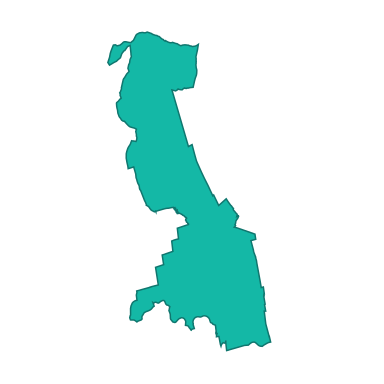 Pastraveni, Neamt, Romania, rotated 105°
{"feature_id": "2599482B84258417369440", "entity_name": "Pastraveni", "entity_type": "district", "adm_level": 2, "iso_a3": "ROU", "parent_name": "Romania", "parent_adm1": "Neamt", "projection": "robinson", "projection_center": [26.551, 47.154], "detail": "fine", "context": "isolated", "style": "filled", "palette": "teal", "viewbox_px": 384, "rotation_deg": 105, "n_neighbors": 0, "source": "geoboundaries", "source_scale": "gbopen_adm2", "svg_char_len": 5972}
<svg xmlns="http://www.w3.org/2000/svg" viewBox="0 0 384 384"><g transform="rotate(105 192 192)"><path d="M47.8,224.1L49.0,225.1L50.2,226.5L51.4,229.3L51.2,230.7L51.4,231.5L51.1,233.9L51.4,234.6L51.4,235.5L51.8,237.3L52.7,239.5L53.1,239.7L53.6,240.8L53.3,242.5L52.6,244.8L52.7,245.4L52.7,246.7L52.5,249.3L52.5,249.6L52.9,250.0L53.5,251.7L53.4,253.7L52.9,256.1L52.6,256.6L53.2,257.0L52.6,258.8L52.2,259.1L51.9,260.9L50.3,263.9L50.3,265.5L49.9,266.4L50.1,267.7L50.1,268.7L49.9,270.0L50.0,270.5L49.4,272.1L49.2,275.0L49.1,276.6L49.6,277.4L50.0,277.8L50.4,278.5L50.7,280.0L50.6,280.6L50.8,281.4L51.9,284.0L54.1,286.3L55.1,286.7L57.6,287.2L60.2,287.7L61.0,288.0L62.1,288.9L63.5,289.7L63.8,291.3L64.0,294.8L64.3,296.0L64.7,296.7L65.4,297.3L66.4,297.8L68.8,299.6L70.2,302.2L69.7,303.7L69.7,304.4L70.2,305.2L70.3,305.8L70.5,306.0L76.7,306.7L79.3,306.8L83.2,306.5L88.7,306.8L90.8,304.5L86.8,300.6L85.3,298.8L83.7,297.9L80.9,295.9L76.5,295.6L73.6,294.4L72.8,293.8L72.7,293.5L68.2,291.9L66.4,289.7L74.0,286.8L75.0,286.5L76.7,285.7L77.1,285.6L80.1,286.1L83.6,285.7L85.4,286.1L89.1,285.9L91.9,284.0L94.9,285.6L99.1,286.8L100.1,287.3L101.3,287.5L109.2,287.2L109.7,287.2L110.5,286.8L113.8,287.1L115.0,287.5L115.8,286.6L117.0,286.6L119.6,284.8L120.0,284.7L120.5,285.3L121.1,285.7L123.3,286.6L125.2,287.9L125.9,287.9L128.8,286.9L130.7,286.0L132.0,285.2L135.0,284.0L138.0,281.9L138.7,281.1L139.1,280.4L140.8,278.6L141.4,276.8L141.1,275.9L141.6,275.2L141.7,274.6L142.7,273.4L142.9,273.0L143.3,272.4L144.5,270.4L145.1,268.9L145.2,267.1L145.2,263.8L145.7,262.5L145.6,262.1L145.7,261.9L148.1,262.0L150.8,260.6L152.4,260.2L153.5,259.4L154.2,259.2L156.2,259.0L157.7,259.2L157.7,259.6L157.8,261.4L158.1,262.9L158.1,263.6L162.0,264.0L164.7,264.9L166.4,265.3L169.7,265.5L172.0,265.4L176.3,264.3L180.4,262.4L183.8,260.6L186.0,259.7L182.9,254.8L189.2,251.0L192.7,249.7L194.4,248.5L195.4,248.0L196.5,247.3L198.2,246.1L198.4,245.6L200.0,244.5L202.0,243.7L203.1,243.0L203.6,242.4L203.7,242.1L212.7,235.5L213.7,234.5L214.6,233.8L216.3,232.6L216.6,232.7L217.3,230.2L219.8,227.2L220.3,225.9L220.4,225.3L220.9,223.2L219.9,222.3L220.6,221.7L220.1,221.8L219.7,221.5L215.3,214.2L214.3,212.2L213.7,210.4L212.3,207.6L211.7,206.0L212.0,205.9L212.0,205.5L211.6,204.6L212.1,204.6L212.6,205.1L212.9,205.1L213.2,204.5L213.2,204.0L212.7,203.8L212.4,203.5L212.9,203.3L213.6,203.7L214.1,203.5L214.4,203.1L214.3,202.7L213.2,201.7L213.9,201.4L214.7,202.1L215.4,202.1L215.7,201.9L215.7,201.7L214.9,201.0L214.4,201.0L214.5,200.8L215.0,200.4L216.0,200.8L216.5,200.9L216.7,200.7L216.6,200.3L216.2,199.5L215.7,199.1L215.9,198.5L215.8,198.1L216.0,197.0L216.3,196.5L216.2,196.0L216.4,195.7L216.5,195.1L216.9,194.8L217.0,193.7L217.1,193.4L217.6,192.8L217.7,192.4L218.1,191.9L218.0,191.5L218.5,190.5L218.9,190.4L219.5,190.9L219.9,191.0L220.8,190.9L221.0,190.3L221.5,190.2L222.5,189.5L222.5,188.8L223.1,188.1L223.4,188.0L223.5,187.4L223.9,187.0L224.4,187.0L225.3,188.5L230.8,196.8L240.8,192.9L241.9,195.0L243.1,196.9L244.6,198.9L254.3,195.1L260.6,204.5L269.5,200.6L274.2,207.7L290.5,200.5L293.8,206.4L294.7,207.8L294.8,207.7L301.9,219.8L303.2,219.2L306.0,219.1L310.9,217.1L311.3,218.0L311.8,218.8L313.3,220.2L314.6,220.9L315.7,221.1L317.9,221.4L320.5,221.2L326.3,219.6L327.1,219.5L327.4,219.7L328.5,219.6L328.8,219.7L329.6,219.6L331.4,218.4L331.5,218.1L330.8,215.4L330.7,214.8L331.0,213.5L331.8,211.6L330.6,210.6L328.8,208.0L328.0,207.5L327.5,207.4L325.6,208.1L325.1,208.1L320.9,206.9L319.3,205.2L318.3,203.7L316.9,202.0L315.5,200.9L313.0,199.8L312.1,199.0L309.0,201.0L309.2,200.5L309.0,200.0L308.0,199.1L307.8,198.3L308.1,196.4L308.0,195.8L307.8,195.4L305.8,193.9L304.5,192.4L304.2,191.7L304.1,191.0L304.5,190.3L305.0,189.8L306.9,188.4L307.7,187.1L307.6,186.1L307.7,185.5L308.5,183.7L309.8,183.8L311.0,183.6L312.5,183.6L315.0,181.8L315.7,181.4L320.0,180.0L320.6,179.5L322.5,176.9L322.5,174.8L322.1,174.2L321.8,173.9L318.6,172.3L318.0,171.9L316.9,170.7L316.1,169.6L316.0,168.0L316.5,166.5L318.3,164.7L319.7,164.3L322.5,163.8L322.3,162.1L322.4,161.2L323.0,160.3L323.8,159.6L324.3,158.7L325.6,157.3L325.7,157.0L324.7,156.6L324.2,156.0L323.3,154.4L319.7,156.6L318.8,156.7L317.4,157.5L315.2,157.6L313.7,157.1L312.3,156.3L311.3,154.9L310.9,154.0L310.7,152.4L310.7,151.8L310.2,150.8L308.9,149.2L308.4,148.3L308.2,146.5L308.5,144.8L309.5,143.0L310.2,142.3L313.0,140.5L313.3,140.1L313.4,139.0L313.7,138.3L314.3,137.6L314.6,134.9L321.3,132.2L321.4,132.6L322.7,132.2L322.3,131.1L323.8,131.3L325.5,130.9L325.0,130.0L324.6,128.6L331.9,125.1L333.4,124.1L332.3,124.1L331.3,123.9L329.5,122.9L329.5,121.3L329.3,120.9L328.6,120.7L326.7,120.9L328.7,120.4L336.2,117.5L335.3,115.9L334.8,115.2L326.6,101.6L325.3,97.9L323.1,96.5L321.6,95.0L321.4,94.5L320.9,93.3L320.9,92.2L321.4,91.0L322.9,88.1L323.2,86.9L323.2,85.9L322.9,84.2L321.2,82.9L318.4,80.1L317.6,79.1L316.6,77.2L311.9,79.7L312.1,79.8L300.3,86.6L288.4,91.4L288.0,90.0L282.0,92.8L281.5,92.3L273.9,95.8L273.6,95.4L272.2,96.1L271.9,95.7L265.3,98.5L266.4,100.4L260.5,103.1L243.9,111.0L241.7,111.9L238.7,113.7L238.4,113.6L237.4,114.4L233.9,116.9L232.1,117.7L223.7,122.5L221.2,118.2L216.4,120.3L215.3,134.9L215.0,139.6L215.0,142.1L213.2,141.2L212.6,141.7L212.5,141.8L212.5,142.0L212.4,142.1L211.2,141.8L208.7,142.1L206.7,141.5L206.0,141.1L203.4,140.7L202.9,141.1L203.3,141.8L204.0,142.4L202.6,142.4L201.9,142.6L201.4,143.2L201.1,143.9L199.6,145.9L198.9,147.1L198.3,147.6L197.1,147.7L196.7,148.6L195.3,150.2L194.8,151.2L191.9,154.8L189.7,157.2L198.1,162.7L189.3,170.3L190.3,170.9L181.5,178.3L175.6,183.6L170.4,188.0L162.3,194.6L160.7,195.8L154.3,199.6L146.2,204.2L149.0,207.2L98.6,237.8L98.6,234.0L97.3,232.7L96.1,232.1L96.3,231.5L96.1,229.0L95.8,227.9L94.4,227.1L93.5,226.2L93.7,225.8L93.5,225.5L93.6,224.5L92.9,223.6L92.6,222.5L91.7,220.9L90.6,218.0L83.8,218.3L81.3,218.3L78.0,218.0L76.1,218.2L73.4,218.8L72.4,219.2L70.9,220.1L68.4,221.0L68.2,221.2L67.1,221.2L65.7,221.6L65.1,221.6L64.6,221.9L62.1,222.5L60.4,223.2L53.3,223.5L47.8,224.1Z" fill="#14b8a6" stroke="#0f766e" stroke-width="1.5"/></g></svg>